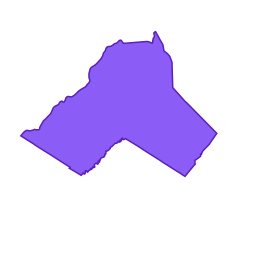 the district of Otaņķu pag., Nicas, Latvia, rotated 138°
{"feature_id": "27541924B2147324015224", "entity_name": "Otaņķu pag.", "entity_type": "district", "adm_level": 2, "iso_a3": "LVA", "parent_name": "Latvia", "parent_adm1": "Nicas", "projection": "natural_earth1", "projection_center": [21.142, 56.421], "detail": "fine", "context": "isolated", "style": "filled", "palette": "violet", "viewbox_px": 256, "rotation_deg": 138, "n_neighbors": 0, "source": "geoboundaries", "source_scale": "gbopen_adm2", "svg_char_len": 5507}
<svg xmlns="http://www.w3.org/2000/svg" viewBox="0 0 256 256"><g transform="rotate(138 128 128)"><path d="M164.6,192.1L167.8,193.0L168.6,193.1L169.9,193.0L172.9,191.7L174.3,191.0L175.6,190.5L176.6,190.3L179.4,190.2L182.8,189.9L186.1,189.9L187.1,189.6L188.4,189.1L190.0,188.6L192.1,187.9L193.0,187.6L193.5,187.1L194.0,186.7L194.4,186.5L195.0,186.4L195.7,186.5L196.7,187.5L197.6,188.4L198.4,189.5L198.6,189.6L199.5,189.8L200.4,190.2L203.1,191.7L203.6,192.4L203.9,192.7L203.9,193.0L204.3,193.4L204.7,193.9L205.1,194.2L205.6,194.3L206.3,194.5L207.6,194.4L207.9,194.4L208.2,194.6L208.6,194.6L209.4,194.4L212.9,193.9L210.2,184.2L209.0,180.1L208.0,175.6L207.8,175.3L206.9,171.8L203.7,160.8L198.9,143.1L197.3,137.6L198.6,137.4L196.6,131.2L194.7,124.9L194.5,124.2L194.4,124.2L193.9,124.3L193.7,124.2L193.3,124.2L193.2,124.3L192.9,124.4L192.3,124.4L192.0,124.3L191.9,124.4L191.8,124.6L191.7,124.5L191.7,124.4L191.7,124.2L191.4,124.3L191.2,124.1L191.1,123.4L191.2,123.1L191.1,122.9L190.9,122.8L190.6,123.0L190.4,122.9L190.1,123.0L189.9,123.1L189.4,123.5L188.8,123.7L188.7,123.8L188.8,123.9L188.9,124.3L188.8,124.5L188.7,124.6L188.2,124.6L187.6,124.2L187.4,123.6L187.3,123.0L187.4,122.9L187.3,122.5L187.5,122.4L187.5,122.2L187.0,122.2L185.9,122.5L185.5,122.5L185.3,122.4L184.9,122.4L184.6,122.2L184.3,122.2L184.1,122.2L184.1,122.4L183.9,122.4L183.7,122.4L183.4,122.6L183.0,122.5L182.9,122.6L182.8,122.4L183.1,121.9L182.8,121.7L182.6,121.7L181.6,122.0L181.4,122.2L181.5,122.3L181.2,122.3L181.0,122.0L180.9,121.9L180.7,122.0L180.0,122.3L180.0,122.5L179.9,122.6L179.0,121.9L179.5,121.4L179.3,121.3L179.0,121.2L178.7,121.3L178.3,121.8L178.2,122.6L177.9,122.8L177.8,123.0L177.6,123.1L176.8,123.3L176.3,123.4L175.3,123.2L175.0,123.0L175.0,122.8L175.0,122.5L175.0,122.4L174.8,122.4L174.5,122.5L174.4,122.5L174.4,122.4L174.5,122.2L174.6,121.9L174.9,121.7L174.7,121.4L174.3,121.4L174.1,121.5L173.8,121.8L173.3,121.8L172.6,121.8L172.2,122.0L171.8,121.9L171.7,121.9L171.5,122.1L171.5,122.3L171.8,122.5L171.7,122.6L171.8,122.9L171.6,123.0L171.4,123.2L171.5,123.2L170.6,122.6L170.4,122.6L169.9,123.2L169.7,123.2L169.3,123.5L169.1,123.5L169.0,123.4L168.8,123.4L168.7,123.5L168.4,123.7L167.8,123.5L167.5,123.5L167.0,123.3L166.4,123.2L165.9,123.0L165.8,122.9L165.6,122.7L165.3,122.9L165.1,122.7L164.9,122.6L164.7,122.6L164.4,122.8L163.9,122.9L163.8,123.0L163.6,123.4L163.4,123.5L163.2,123.4L162.9,123.5L162.3,124.0L161.8,124.0L161.8,123.8L161.7,123.7L161.4,123.9L161.4,124.1L161.1,124.5L160.5,124.9L160.2,124.9L160.0,125.1L160.0,125.3L159.7,125.5L158.9,125.1L158.5,124.7L158.2,124.6L157.9,124.7L157.7,124.6L157.3,124.5L157.0,124.6L155.9,124.6L155.1,124.7L154.9,124.7L154.7,124.9L154.7,125.1L154.4,125.3L153.3,125.2L152.9,125.3L152.3,125.0L151.4,125.0L150.6,125.1L149.4,125.1L147.4,125.3L147.3,125.2L147.2,125.1L147.2,124.8L146.9,124.6L146.8,124.4L146.6,124.3L146.2,124.2L145.5,124.1L144.8,124.1L144.6,124.2L144.6,124.4L144.3,124.6L143.8,123.4L142.3,123.6L142.4,123.9L142.5,124.1L142.3,124.2L142.1,124.2L141.9,123.9L141.9,123.2L142.6,122.9L142.3,122.8L141.5,123.1L141.1,123.4L140.8,123.4L140.7,123.7L140.3,123.4L140.1,123.4L140.0,123.5L140.3,123.7L140.3,123.9L140.2,124.2L140.1,124.4L139.8,124.4L139.3,124.2L139.5,124.1L139.3,123.9L139.3,123.7L139.1,123.3L139.0,123.1L139.2,122.9L139.3,122.7L139.1,122.4L138.7,122.2L138.4,122.0L136.9,121.7L136.7,120.8L134.0,112.1L133.9,111.5L132.9,108.2L132.0,104.9L130.5,99.1L126.0,83.0L125.2,79.7L120.7,63.6L119.9,60.9L119.7,60.5L119.8,60.5L119.5,59.6L119.0,57.3L118.0,53.9L103.8,56.1L102.4,56.1L101.2,57.7L99.9,59.2L99.7,59.1L98.2,58.9L93.1,58.4L91.9,59.5L91.7,59.8L91.4,59.3L90.7,59.5L90.9,59.8L89.9,60.1L87.4,60.9L78.6,61.5L74.6,62.5L65.6,64.6L67.5,107.6L67.8,109.0L67.7,128.1L53.9,144.4L51.6,147.0L50.9,148.4L49.1,153.3L49.0,153.8L49.0,154.1L49.0,156.0L49.0,157.3L49.3,159.3L49.7,161.1L46.3,166.7L45.7,169.4L45.0,173.0L44.5,174.6L43.8,178.0L43.5,179.0L43.3,180.1L43.2,180.6L43.1,181.1L43.2,181.4L43.4,181.5L43.9,181.2L44.3,181.1L44.8,181.3L45.4,181.3L45.7,180.7L46.5,179.2L46.7,178.7L47.2,178.2L47.5,178.1L48.7,177.9L49.6,177.5L50.9,176.5L51.0,176.5L51.1,176.1L51.7,175.9L52.8,174.9L53.3,174.8L54.3,177.0L54.9,178.2L55.6,179.1L56.3,179.8L57.0,180.4L57.3,180.6L70.4,190.6L73.4,192.8L74.5,194.0L74.7,194.5L74.8,195.2L74.7,195.8L74.4,196.9L74.4,197.5L74.5,197.8L74.7,198.2L75.5,198.7L75.9,198.8L76.8,198.8L78.7,198.6L79.4,198.7L80.2,199.0L80.9,199.3L81.4,199.5L82.0,199.7L83.2,199.8L83.8,199.7L85.6,200.1L86.5,200.5L86.8,200.7L87.1,200.9L88.2,201.8L89.1,202.1L90.3,202.1L91.0,201.9L93.1,200.7L94.0,200.4L94.6,200.4L95.6,200.2L96.4,199.9L97.6,199.2L98.4,198.6L101.6,197.6L102.5,197.4L104.7,197.2L108.0,196.8L109.1,196.8L110.7,196.9L112.2,197.1L112.8,197.2L113.3,197.4L113.8,197.5L115.6,197.4L116.2,197.3L116.8,197.1L119.1,195.6L120.1,194.9L121.2,194.0L121.5,193.6L121.7,193.1L122.7,192.3L122.9,192.0L122.8,191.8L123.6,190.9L123.9,190.4L124.0,189.9L124.4,189.1L124.8,188.6L125.3,188.3L126.2,187.9L126.7,187.8L127.1,187.8L127.7,187.6L129.0,187.7L130.1,187.4L131.1,187.2L131.5,187.1L132.5,187.1L136.9,188.1L137.7,188.2L140.0,188.5L140.4,188.5L142.3,188.3L144.2,188.3L145.6,188.2L148.7,188.7L149.4,189.2L150.1,189.8L150.8,190.9L151.2,191.3L151.5,191.6L151.8,191.7L152.3,191.9L153.0,192.0L153.6,191.9L154.0,191.9L154.5,191.7L155.3,191.1L156.0,190.7L157.8,190.2L158.4,190.2L158.7,190.4L159.0,190.9L159.0,191.2L158.9,191.5L159.0,191.9L159.1,192.2L159.9,192.5L160.7,192.8L161.3,192.8L161.7,192.8L162.6,192.4L163.5,192.1L164.0,192.0L164.6,192.1Z" fill="#8b5cf6" stroke="#5b21b6" stroke-width="1.5"/></g></svg>